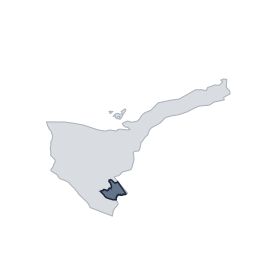 Lalay Gash, Gash Barka, Eritrea (highlighted), rotated 297°
{"feature_id": "51966322B3150290200372", "entity_name": "Lalay Gash", "entity_type": "district", "adm_level": 2, "iso_a3": "ERI", "parent_name": "Eritrea", "parent_adm1": "Gash Barka", "projection": "albers", "projection_center": [37.404, 14.623], "detail": "fine", "context": "in_parent", "style": "filled", "palette": "slate", "viewbox_px": 256, "rotation_deg": 297, "n_neighbors": 0, "source": "geoboundaries", "source_scale": "gbopen_adm2", "svg_char_len": 5224}
<svg xmlns="http://www.w3.org/2000/svg" viewBox="0 0 256 256"><g transform="rotate(297 128 128)"><path d="M42.4,154.0L41.6,146.3L41.0,141.1L40.5,135.6L39.9,130.4L42.4,127.2L43.6,124.2L46.6,114.3L47.7,112.4L50.1,107.1L50.4,105.6L52.7,99.0L52.5,94.5L52.0,90.1L53.3,87.4L54.4,85.3L54.3,83.5L54.8,79.4L55.2,78.4L56.6,78.3L59.4,78.8L61.4,78.4L63.8,78.4L65.6,78.3L66.7,77.0L68.2,72.2L69.1,71.2L69.9,70.9L71.9,70.0L73.7,68.6L75.2,67.6L75.7,67.4L77.3,67.2L78.8,66.7L79.5,66.0L81.4,65.4L83.3,65.7L84.6,65.1L85.5,64.7L86.4,64.7L87.3,64.1L87.7,63.3L88.3,62.7L89.7,61.5L90.4,60.5L90.7,59.6L91.0,58.9L91.7,57.7L94.2,54.6L96.5,52.7L104.3,68.3L107.6,77.5L110.4,87.1L112.6,101.5L114.7,108.9L117.9,112.5L120.2,119.4L122.0,119.6L123.4,121.5L125.8,127.9L127.5,130.3L128.4,128.2L128.3,127.0L127.6,125.0L128.2,122.5L129.5,120.9L132.5,123.0L134.1,124.5L134.6,127.7L135.3,129.5L138.5,133.2L141.2,134.2L144.6,134.4L147.5,135.2L149.8,136.5L154.1,140.3L164.1,143.4L172.2,153.5L177.0,160.4L192.6,170.8L195.4,175.9L196.9,180.8L200.1,180.5L205.8,185.9L207.5,190.0L212.1,191.4L212.8,188.9L215.1,190.9L216.1,194.0L213.2,195.3L210.0,196.5L209.5,196.5L208.5,198.0L207.1,201.9L205.4,203.1L204.5,203.3L199.4,199.7L198.6,199.5L197.5,200.2L196.8,201.0L194.4,198.2L192.6,195.8L190.1,192.9L187.8,191.6L185.3,190.0L182.8,186.2L180.2,182.0L176.4,178.5L169.5,173.6L163.0,167.3L158.1,160.7L154.9,157.3L153.6,156.5L147.2,154.4L142.6,151.4L139.1,148.9L137.0,148.3L135.0,148.2L130.6,148.7L127.0,147.2L125.4,147.2L123.0,146.8L121.1,146.2L118.8,146.9L114.2,148.1L112.4,147.9L111.3,146.3L110.7,145.1L109.1,143.9L107.8,143.9L107.0,145.0L102.3,147.9L94.2,149.5L92.3,149.4L90.9,148.2L86.8,143.4L85.6,142.6L84.7,142.6L82.8,142.0L81.1,141.1L79.5,139.1L78.0,138.0L76.3,141.9L73.4,148.6L71.8,152.3L69.8,157.0L69.2,157.1L68.1,156.8L64.1,150.9L61.6,148.7L59.7,149.0L58.3,150.0L57.4,152.0L56.5,153.2L55.5,153.7L53.3,153.4L49.9,152.5L46.4,152.7L42.9,154.0L42.4,154.0ZM136.6,114.7L137.7,116.2L138.5,116.0L139.1,115.5L139.5,114.5L143.6,116.5L143.4,117.8L140.9,117.9L138.1,117.4L135.5,117.6L132.3,117.1L131.6,114.8L133.6,115.9L134.6,115.6L134.8,115.3L133.4,113.8L131.4,113.5L131.5,112.3L132.4,111.8L132.9,111.2L131.8,109.6L134.0,109.9L135.4,110.9L136.4,112.1L136.6,114.7ZM134.8,104.3L135.7,106.9L133.2,106.0L132.8,105.4L133.9,104.4L134.1,103.7L134.8,104.3Z" fill="#d9dde1" stroke="#a8b0b8" stroke-width="1"/><path d="M59.2,132.2L59.2,132.3L59.0,132.6L58.9,132.7L58.8,132.9L58.7,133.1L58.5,133.5L58.5,133.9L58.4,134.0L58.3,134.4L58.3,134.5L58.2,134.8L58.0,135.1L57.9,135.6L57.8,135.8L57.6,136.6L57.5,136.9L57.3,137.1L56.7,138.2L56.1,140.2L56.3,141.6L56.4,142.6L56.4,142.9L56.6,144.0L56.8,144.4L56.8,144.6L56.9,145.1L57.0,145.3L57.0,145.5L57.0,146.0L57.1,146.4L57.2,146.8L57.2,147.1L57.4,147.6L57.5,147.9L57.6,148.1L57.9,148.4L58.1,148.6L58.2,148.9L58.2,149.3L58.3,149.6L58.4,149.8L58.5,149.9L58.6,150.0L58.9,149.7L59.2,149.6L59.3,149.6L59.4,149.8L59.8,149.6L60.0,149.5L60.1,149.4L60.3,149.2L60.5,149.0L60.8,149.0L61.2,149.2L61.3,149.3L61.6,149.3L61.6,149.2L61.9,149.1L62.0,149.0L62.3,149.1L62.5,148.9L62.8,148.9L63.0,148.9L63.1,149.0L63.1,149.3L63.3,149.4L63.6,149.4L63.6,149.5L63.7,149.8L63.8,149.8L64.0,149.8L63.9,149.9L63.9,150.0L64.0,150.1L64.3,150.3L64.3,150.5L64.6,150.6L64.6,150.8L64.8,150.9L64.8,151.0L65.0,151.2L65.1,151.3L64.8,151.4L64.8,151.5L64.8,151.8L65.0,151.8L65.3,151.9L65.4,152.0L65.3,152.3L65.4,152.5L65.2,152.7L65.1,152.8L65.2,153.0L65.5,153.2L65.9,153.4L65.9,153.5L66.0,153.6L66.3,153.7L66.4,153.9L66.5,153.9L66.5,154.1L66.9,154.1L67.1,154.1L67.2,154.3L67.2,154.6L67.1,154.8L67.1,155.1L67.3,155.2L67.4,155.3L67.4,155.5L67.5,155.5L67.9,155.7L67.9,155.8L67.9,156.0L68.0,156.1L68.3,156.0L68.5,156.0L75.4,143.2L74.5,142.9L74.2,142.7L74.0,142.4L73.8,142.2L73.7,142.1L73.8,142.1L73.7,142.0L73.7,141.9L73.6,141.6L73.5,141.4L73.4,141.2L73.3,140.9L73.2,140.9L73.2,140.6L73.2,140.4L73.4,139.5L73.4,139.4L73.6,139.0L73.7,138.7L73.8,138.5L73.9,138.3L74.0,138.1L74.0,137.8L74.1,137.3L74.1,136.9L74.1,136.6L74.1,136.2L74.1,135.9L73.9,135.8L73.7,135.8L73.2,135.7L72.8,135.5L72.8,135.4L73.1,135.3L73.1,135.0L73.1,134.9L72.9,134.9L72.7,135.0L72.4,135.0L72.2,135.1L72.0,135.3L71.9,135.5L71.6,135.5L71.5,135.8L71.4,135.8L71.3,136.0L71.3,136.3L71.2,136.5L71.2,136.8L71.2,137.0L70.9,137.3L70.7,137.4L70.6,137.5L70.5,137.8L70.4,137.9L70.3,138.0L70.2,138.1L70.1,138.4L70.1,138.5L69.9,138.5L69.7,138.7L69.7,138.8L69.4,139.0L69.0,139.1L68.9,139.2L68.9,139.3L68.7,139.4L68.7,139.5L68.4,139.8L67.9,140.1L67.5,140.0L67.3,139.9L67.0,139.9L67.0,140.0L66.9,140.1L66.7,140.0L66.4,140.1L66.5,139.9L66.4,139.9L66.4,139.7L66.2,139.5L66.2,139.3L66.1,139.2L65.9,139.1L66.1,138.9L66.0,138.7L65.8,138.7L65.7,138.7L65.4,138.5L65.2,138.5L64.9,138.6L64.7,138.4L64.4,138.5L64.3,138.4L64.2,138.5L63.9,138.6L63.8,138.4L63.6,138.2L63.3,138.2L63.2,138.2L63.0,138.3L62.9,138.2L62.6,137.8L62.5,137.7L62.5,137.4L62.7,137.2L62.7,136.8L62.6,136.7L62.5,136.4L62.5,136.2L62.7,135.9L62.5,135.6L62.4,135.3L62.5,135.2L62.5,134.9L62.4,134.7L62.3,134.4L62.2,134.3L62.1,134.2L61.9,134.3L61.7,134.3L61.6,134.5L61.4,134.5L61.3,134.4L61.1,134.2L61.0,133.9L60.9,133.7L60.5,133.4L60.4,133.4L60.2,133.4L60.2,133.0L60.1,132.9L59.9,132.9L59.4,132.7L59.3,132.3L59.2,132.2Z" fill="#64748b" stroke="#1e293b" stroke-width="1.5"/></g></svg>